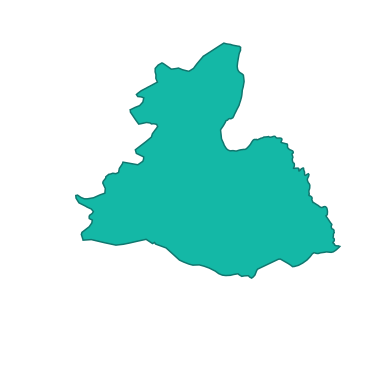 Tall Kalakh, Homs (Hims), Syria (Equal Earth projection), rotated 238°
{"feature_id": "27442178B60418009452869", "entity_name": "Tall Kalakh", "entity_type": "district", "adm_level": 2, "iso_a3": "SYR", "parent_name": "Syria", "parent_adm1": "Homs (Hims)", "projection": "equal_earth", "projection_center": [36.286, 34.74], "detail": "fine", "context": "isolated", "style": "filled", "palette": "teal", "viewbox_px": 384, "rotation_deg": 238, "n_neighbors": 0, "source": "geoboundaries", "source_scale": "gbopen_adm2", "svg_char_len": 5977}
<svg xmlns="http://www.w3.org/2000/svg" viewBox="0 0 384 384"><g transform="rotate(238 192 192)"><path d="M208.9,74.1L205.0,81.4L195.5,90.8L187.3,99.3L184.1,106.0L181.8,112.1L179.5,118.8L176.2,128.0L169.2,131.2L169.0,133.5L167.2,133.5L158.3,140.4L140.9,145.3L136.9,147.9L132.5,151.2L129.5,154.0L128.9,155.1L126.3,159.6L122.6,163.0L118.4,166.3L112.6,169.8L108.6,171.4L105.4,173.7L103.3,176.3L101.0,180.4L99.9,183.8L98.3,187.6L96.7,188.2L94.1,189.5L93.1,192.0L92.0,194.0L91.1,195.5L89.4,195.8L87.4,196.9L87.5,198.8L88.2,201.3L91.3,205.5L91.8,207.0L89.2,229.7L88.3,231.4L80.5,235.6L77.5,237.0L75.4,237.7L74.6,239.3L73.4,243.4L73.3,244.8L73.2,246.4L73.1,247.9L73.1,249.0L73.2,250.1L73.4,253.5L74.0,255.8L74.6,258.1L75.8,261.2L75.9,263.3L74.2,264.8L73.6,265.5L73.0,266.3L72.3,268.8L70.7,272.3L70.0,274.2L67.1,278.0L66.4,280.0L66.4,281.9L66.5,283.8L67.3,287.9L67.5,288.5L67.8,288.2L68.7,287.7L69.2,286.9L69.7,286.1L70.3,285.5L70.7,285.3L71.4,284.9L72.0,285.0L72.7,285.1L73.4,284.9L74.1,284.6L74.5,284.7L74.8,285.3L74.9,285.8L75.0,286.1L75.2,286.6L75.8,287.2L76.2,287.4L76.8,287.7L77.4,287.8L77.8,287.5L78.4,287.4L78.9,287.7L79.7,288.5L80.5,289.1L81.2,289.5L81.9,290.2L81.9,290.5L82.0,290.8L82.3,291.2L82.9,291.4L83.5,291.5L84.2,292.1L85.2,292.1L86.2,291.5L86.6,291.2L87.3,291.2L87.9,291.4L88.7,291.7L89.3,292.0L89.6,292.4L89.8,292.8L90.2,293.3L90.6,293.4L90.9,293.4L92.1,293.2L92.7,293.2L94.6,293.1L96.0,293.1L98.2,293.0L100.0,292.9L100.8,293.0L100.8,293.5L100.9,294.0L101.1,294.4L101.4,295.0L101.9,295.3L102.7,295.9L103.4,296.4L104.4,296.9L105.9,297.5L106.9,297.8L107.9,297.7L108.8,297.4L109.3,296.9L109.6,296.1L109.9,295.4L109.6,295.0L109.8,294.5L110.3,293.5L111.0,293.0L111.8,292.5L112.4,292.3L113.5,292.0L114.4,291.5L115.0,291.2L118.4,289.6L119.1,289.0L119.5,289.2L120.3,289.3L120.8,289.3L122.3,289.7L122.7,290.3L123.7,290.8L124.4,290.8L124.8,290.6L125.6,290.4L126.8,289.5L127.4,289.4L127.7,289.6L128.0,290.3L128.7,290.6L130.2,291.2L131.4,292.1L132.5,293.5L133.5,294.3L135.3,295.5L136.2,295.7L136.9,295.8L138.2,295.6L139.7,295.8L141.2,296.2L141.5,296.5L142.1,297.0L142.6,297.7L143.1,298.5L143.5,299.2L144.0,299.6L144.7,300.4L145.3,300.4L145.8,300.4L145.9,299.9L146.0,299.1L145.9,297.7L146.0,297.0L146.3,296.7L147.0,296.7L147.7,297.1L148.2,297.3L148.8,297.7L149.2,298.0L149.7,298.1L150.7,298.3L151.9,298.6L152.6,299.0L153.0,299.2L153.5,299.0L153.6,298.3L153.7,297.0L153.4,295.8L153.1,294.9L153.0,294.3L153.1,294.2L153.2,293.9L153.6,294.0L153.8,294.1L154.0,294.1L154.5,294.4L154.6,294.7L155.0,294.9L155.8,294.8L156.5,293.9L157.3,292.5L157.6,291.8L158.0,291.1L158.3,290.7L158.6,290.9L158.8,291.3L159.8,292.5L160.6,293.1L161.5,293.6L162.2,293.8L162.6,293.6L163.2,293.3L163.7,293.3L164.9,293.6L166.1,294.1L167.0,294.7L168.0,296.0L169.0,296.3L169.4,296.4L170.5,296.6L170.8,296.8L171.3,297.1L171.5,297.7L171.5,298.5L172.1,299.0L172.9,299.1L173.5,299.1L174.4,298.5L175.1,298.1L176.0,297.4L176.9,297.0L178.9,296.6L179.5,296.8L180.0,297.1L181.4,298.0L182.0,298.1L182.3,298.1L183.6,296.8L185.3,295.2L186.2,294.3L187.1,293.9L187.6,294.5L187.8,294.8L188.1,295.2L188.6,295.9L189.3,296.3L189.6,296.3L190.3,296.1L191.0,295.4L191.7,294.3L192.1,293.5L192.8,292.6L193.2,292.3L193.9,292.0L194.4,292.0L195.1,291.9L195.6,291.4L195.9,290.8L196.1,290.2L196.2,289.7L196.4,288.9L196.5,288.5L196.8,288.0L196.9,287.5L197.4,286.8L197.9,286.6L198.5,286.3L198.7,285.5L199.6,283.7L200.5,282.1L200.5,280.6L201.2,278.6L201.2,277.9L201.5,275.8L201.8,274.9L202.2,274.5L202.6,274.4L202.7,274.2L202.9,273.6L203.0,273.4L203.5,272.8L203.6,272.1L203.5,271.1L202.7,269.2L201.4,266.7L200.7,264.5L200.1,262.2L199.9,260.6L200.0,259.5L200.6,258.7L201.9,255.8L202.4,254.5L203.2,251.4L203.9,250.4L205.4,248.7L206.6,246.3L208.0,245.1L209.8,244.3L210.7,244.2L211.6,244.1L211.9,244.1L214.3,244.1L215.0,244.2L215.7,244.3L216.3,244.5L220.2,245.0L221.2,245.2L221.5,245.2L223.7,246.3L228.5,248.6L229.6,249.2L230.0,250.0L230.7,251.6L231.6,253.7L233.3,256.9L234.0,258.0L234.4,258.5L234.4,259.1L234.3,259.5L234.1,260.2L234.3,260.7L234.6,261.7L234.4,262.7L233.9,263.1L233.4,264.2L233.4,265.2L233.3,265.9L234.1,267.4L235.5,269.4L237.1,272.1L238.2,273.8L239.3,275.7L240.7,278.0L241.5,278.8L243.9,281.7L246.2,284.2L248.0,285.8L251.0,288.1L251.7,288.6L254.1,291.2L256.6,293.4L257.8,294.5L258.6,295.0L261.9,296.6L263.9,297.5L265.2,297.2L266.0,296.9L267.1,296.3L268.5,295.7L269.6,295.6L270.4,295.5L271.8,295.7L273.0,296.2L274.6,296.9L276.9,298.7L277.8,299.4L280.8,302.1L283.7,304.7L284.9,306.0L286.5,308.3L287.4,308.8L288.3,309.4L288.7,309.8L289.0,309.9L289.7,309.6L290.5,309.3L291.2,308.4L294.8,304.5L296.8,302.8L299.3,299.8L301.4,297.9L301.4,292.8L301.1,274.3L301.2,273.7L301.1,273.4L299.3,267.8L298.1,264.1L296.9,261.0L296.8,260.8L296.0,258.8L296.0,255.2L296.0,253.4L296.8,252.5L299.6,249.8L300.9,248.6L304.3,246.2L304.8,244.8L305.6,242.9L307.1,239.6L314.4,236.5L316.2,235.7L317.4,234.9L317.6,230.6L316.3,226.3L313.4,224.4L310.4,223.5L307.6,221.6L303.5,220.9L304.8,202.5L304.4,198.1L304.1,196.5L301.7,196.6L299.6,199.3L297.4,201.0L294.3,198.0L293.0,193.4L293.9,188.5L294.4,183.6L294.5,183.1L293.9,182.9L292.3,182.1L283.4,182.4L277.8,182.8L277.0,184.8L275.1,190.2L272.8,193.0L271.2,193.7L270.2,195.7L268.1,197.9L265.6,197.5L264.9,195.7L264.7,195.3L264.5,194.8L264.5,194.6L264.3,194.3L264.2,193.8L263.9,193.1L263.7,192.6L262.4,189.3L260.1,186.7L259.1,179.5L258.0,168.2L257.8,166.3L254.7,165.4L254.2,165.3L247.4,169.6L245.6,168.4L244.1,166.6L243.8,160.5L253.9,149.3L252.7,147.8L250.5,142.9L247.5,140.1L247.8,137.7L247.9,137.3L247.9,137.1L249.9,134.8L250.5,132.1L251.1,130.8L250.6,127.0L249.5,126.2L248.9,124.5L248.1,122.3L246.9,121.1L242.4,120.5L241.0,120.4L237.2,117.5L238.3,112.5L239.3,105.4L241.7,99.6L243.3,97.1L246.3,94.9L250.0,93.3L250.6,91.6L248.2,90.4L242.7,90.4L236.1,94.4L235.0,94.9L230.9,97.6L229.1,97.8L227.7,98.0L226.9,96.5L226.7,96.0L226.6,94.7L226.5,92.8L225.5,91.6L223.9,90.8L221.0,92.6L218.8,90.6L217.0,86.4L216.1,77.3L214.6,75.6L213.6,75.4L209.4,74.3L208.9,74.1Z" fill="#14b8a6" stroke="#0f766e" stroke-width="1.5"/></g></svg>